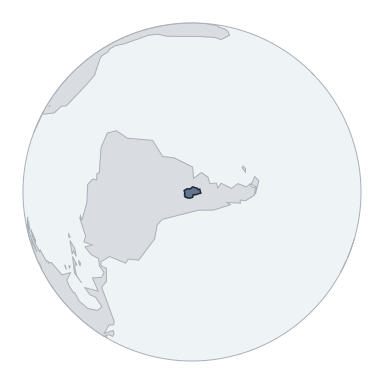 the Earth from above Córdoba, rotated 254°
{"feature_id": "ARG-1299", "entity_name": "Córdoba", "entity_type": "Province", "adm_level": 1, "iso_a3": "ARG", "parent_name": "Argentina", "parent_adm1": "", "projection": "orthographic", "projection_center": [-63.644, -32.213], "detail": "fine", "context": "on_globe", "style": "filled", "palette": "slate", "viewbox_px": 384, "rotation_deg": 254, "n_neighbors": 0, "source": "natural_earth", "source_scale": "10m", "svg_char_len": 4469}
<svg xmlns="http://www.w3.org/2000/svg" viewBox="0 0 384 384"><g transform="rotate(254 192 192)"><circle cx="192" cy="192" r="169" fill="#eef3f6" stroke="#a8b0b8"/><path d="M156.9,26.7L161.2,25.9L160.0,26.3L162.3,26.4L165.5,25.6L164.8,25.4L171.2,24.3L170.8,24.4L193.4,23.0L195.0,23.1L205.9,24.1L206.4,24.4L198.8,24.6L186.8,24.6L177.0,26.6L189.3,24.9L190.3,26.5L193.0,26.8L196.4,26.7L198.3,26.1L199.9,26.8L188.3,28.3L186.7,27.6L190.4,27.0L184.7,27.3L177.0,29.1L178.1,30.1L165.2,33.1L165.8,34.0L163.3,35.5L163.2,33.6L163.2,37.2L148.2,44.2L148.0,53.1L141.8,47.3L135.6,48.0L128.1,50.2L127.9,51.5L118.2,53.5L108.7,59.7L104.2,68.6L106.6,73.8L117.5,70.3L121.3,65.6L129.6,62.6L122.6,74.5L136.9,72.6L134.8,81.5L138.9,85.3L146.3,82.7L153.9,83.8L159.6,77.8L168.7,74.1L168.6,81.4L173.9,74.4L178.8,77.6L197.1,77.0L195.6,78.6L211.0,88.1L228.0,93.8L231.9,100.2L229.8,103.7L235.8,105.6L235.9,108.1L259.7,116.8L272.0,126.8L271.7,136.2L261.5,144.8L252.5,168.3L234.2,173.6L229.8,184.2L215.8,199.5L204.7,197.3L208.1,206.3L202.1,211.4L195.0,211.5L194.0,217.9L188.7,218.0L192.4,222.4L184.5,231.1L187.4,238.4L181.8,245.9L183.9,250.3L181.5,250.3L179.2,252.1L179.2,254.7L171.7,251.0L168.9,241.2L171.0,236.0L167.9,235.5L172.3,222.7L169.2,225.4L168.7,207.6L172.7,193.3L173.9,156.1L170.1,149.5L157.0,143.0L141.2,121.9L145.1,112.2L141.8,108.7L152.7,95.0L150.0,85.1L146.2,84.2L142.3,88.7L129.6,85.1L125.5,78.9L89.2,81.5L86.0,80.2L87.0,75.3L80.2,68.6L80.7,78.0L77.0,78.0L75.1,75.8L77.5,73.3L77.9,69.3L75.4,70.4L78.3,67.0L88.0,58.8L98.4,51.3L109.3,44.7L120.6,38.8L132.4,33.9L144.5,29.8L156.9,26.7ZM146.6,56.7L163.0,59.4L153.3,61.3L155.2,60.0L151.1,58.5L143.4,58.0L135.0,60.8L146.6,56.7ZM155.0,49.9L152.1,50.0L155.0,49.5L155.0,49.9ZM184.5,259.3L172.5,252.5L179.1,255.4L183.1,251.2L189.6,256.6L184.5,259.3ZM196.5,248.8L201.4,246.9L202.8,248.2L199.7,249.9L196.5,248.8ZM310.9,71.9L311.1,72.1L308.3,69.7L302.4,64.6L292.6,56.2L302.0,63.8L310.9,71.9ZM349.7,252.5L349.3,252.8L344.3,263.4L343.3,262.8L339.9,268.2L336.3,270.9L332.2,271.1L330.5,261.9L334.4,256.2L339.6,241.6L348.5,211.1L353.2,202.4L354.7,193.1L353.1,167.6L353.7,158.7L352.3,152.6L349.9,150.0L347.7,142.8L345.8,140.5L331.1,130.5L324.1,119.8L309.6,95.2L310.4,89.7L306.0,81.4L307.9,69.4L313.4,74.5L314.7,75.8L322.5,84.7L329.7,94.2L336.3,104.1L342.1,114.4L347.2,125.2L351.5,136.2L355.0,147.6L357.7,159.1L359.6,170.8L360.7,182.7L360.9,194.5L360.3,206.4L358.9,218.2L356.7,229.8L353.6,241.3L349.7,252.5ZM313.2,77.8L314.5,79.8L313.2,77.8ZM197.7,76.9L199.9,78.3L196.9,78.3L197.7,76.9ZM151.7,64.1L155.2,63.7L157.0,64.4L154.3,65.1L151.7,64.1ZM182.3,61.3L186.5,61.8L182.1,62.4L182.3,61.3ZM165.7,59.8L179.0,61.3L170.3,63.7L161.9,63.0L167.8,61.9L165.7,59.8ZM152.8,53.3L155.0,53.4L154.2,54.5L152.8,53.3ZM157.1,49.7L156.2,49.9L155.2,49.2L157.1,49.7ZM191.0,26.4L192.0,26.3L195.3,26.4L193.6,26.6L191.0,26.4ZM211.2,26.1L213.3,27.3L210.6,26.4L208.6,26.7L200.3,25.7L206.2,24.5L205.0,25.1L211.2,26.1ZM191.0,24.6L195.5,25.0L190.3,24.7L191.0,24.6ZM274.2,339.6L270.7,341.4L272.6,340.4L274.2,339.6ZM86.1,323.6L85.3,322.9L90.1,326.7L96.6,331.3L102.0,335.0L93.8,329.5L86.1,323.6ZM74.8,313.7L73.8,312.7L84.0,321.8L82.6,320.8L74.8,313.7Z" fill="#d9dde1" stroke="#a8b0b8" stroke-width="1"/><path d="M196.0,186.0L195.8,186.7L195.8,186.8L196.4,187.5L196.5,187.7L196.5,187.8L195.8,190.2L195.8,190.3L195.7,190.4L195.6,190.5L195.6,190.8L195.6,191.1L195.6,191.3L195.6,191.5L195.6,191.8L195.8,192.0L196.0,192.4L196.1,192.5L196.3,192.7L196.3,192.8L196.3,193.0L196.4,193.3L196.5,193.4L196.6,193.5L196.7,193.8L196.7,194.0L196.7,194.3L196.5,194.5L196.4,194.6L195.7,195.6L194.9,196.8L193.9,198.4L192.7,198.4L192.7,198.5L192.6,199.0L192.6,200.2L191.2,200.2L190.0,200.2L188.5,200.2L188.5,197.2L188.3,195.0L188.3,194.9L188.4,194.7L188.5,194.7L188.6,194.4L188.6,194.2L188.7,193.9L188.8,193.7L188.9,193.3L188.9,193.2L188.9,192.9L188.8,192.7L188.8,192.4L188.8,192.2L188.7,192.2L188.7,192.3L188.4,192.3L188.2,192.4L188.1,192.2L188.0,191.9L188.0,191.7L187.9,191.7L187.1,191.2L186.9,191.1L186.7,191.1L186.7,190.3L186.7,189.3L186.6,188.8L186.7,188.6L186.8,188.1L186.9,187.8L187.1,187.2L187.2,186.9L187.2,186.7L187.3,186.6L187.5,185.9L188.1,185.8L188.2,185.7L188.4,185.5L188.7,185.1L188.6,184.3L188.8,184.2L189.6,184.0L190.1,183.9L190.3,183.8L190.9,183.9L191.0,183.9L191.0,184.0L191.2,184.3L191.3,184.3L191.5,184.4L191.7,184.5L191.8,184.5L192.1,184.4L192.3,184.5L192.5,184.5L192.6,184.8L194.2,184.8L195.1,184.8L195.5,184.8L196.0,186.0Z" fill="#64748b" stroke="#1e293b" stroke-width="1.5"/></g></svg>